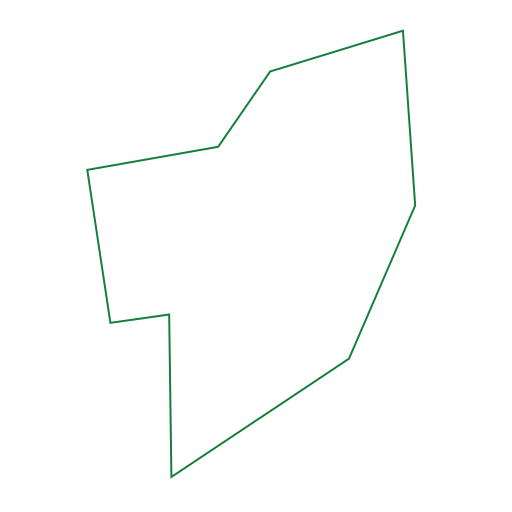 SVG path tracing the border of Takamaka, rotated 266°
{"feature_id": "SYC-5220", "entity_name": "Takamaka", "entity_type": "state/province", "adm_level": 1, "iso_a3": "SYC", "parent_name": "Seychelles", "parent_adm1": "", "projection": "albers", "projection_center": [55.519, -4.787], "detail": "fine", "context": "isolated", "style": "outline", "palette": "green", "viewbox_px": 512, "rotation_deg": 266, "n_neighbors": 0, "source": "natural_earth", "source_scale": "10m", "svg_char_len": 283}
<svg xmlns="http://www.w3.org/2000/svg" viewBox="0 0 512 512"><g transform="rotate(266 256 256)"><path d="M353.7,93.7L367.6,225.9L439.1,283.0L470.5,418.3L295.3,418.3L147.1,341.6L41.5,156.2L203.7,165.3L199.5,106.1L353.7,93.7Z" fill="none" stroke="#15803d" stroke-width="2"/></g></svg>